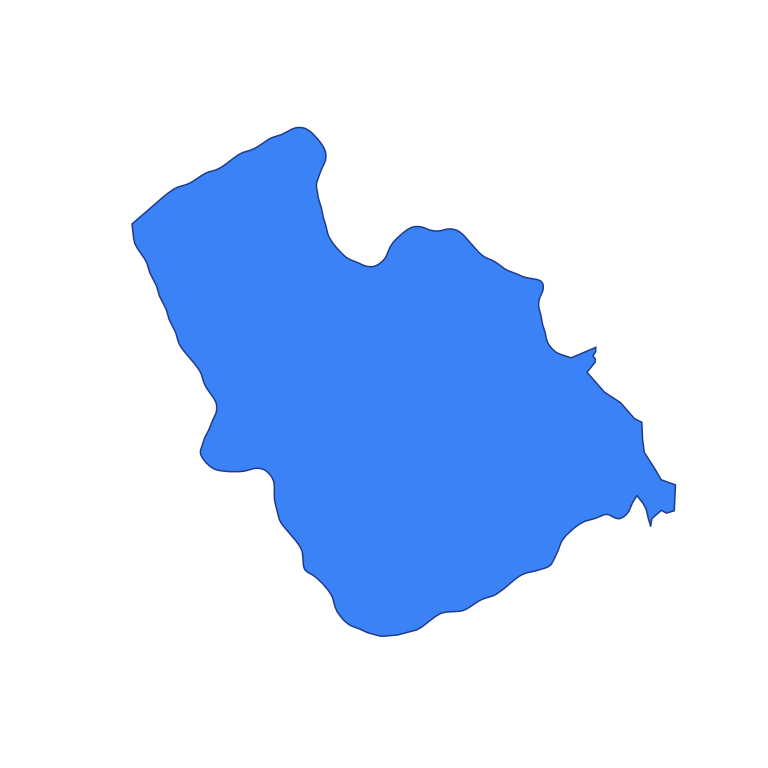 La Descubierta, Independencia, Dominican Republic, rotated 139°
{"feature_id": "3306468B88446063992156", "entity_name": "La Descubierta", "entity_type": "district", "adm_level": 2, "iso_a3": "DOM", "parent_name": "Dominican Republic", "parent_adm1": "Independencia", "projection": "albers", "projection_center": [-71.745, 18.594], "detail": "fine", "context": "isolated", "style": "filled", "palette": "blue", "viewbox_px": 768, "rotation_deg": 139, "n_neighbors": 0, "source": "geoboundaries", "source_scale": "gbopen_adm2", "svg_char_len": 3674}
<svg xmlns="http://www.w3.org/2000/svg" viewBox="0 0 768 768"><g transform="rotate(139 384 384)"><path d="M469.2,670.1L477.4,658.2L479.9,653.5L481.2,647.9L482.4,636.5L483.6,631.0L487.8,621.5L491.4,607.1L495.8,597.7L499.4,583.2L503.8,573.8L507.5,559.4L511.2,551.6L512.4,548.0L513.1,544.1L513.4,540.0L513.7,523.4L514.4,515.2L515.4,511.4L518.9,503.5L520.0,500.1L520.7,496.4L521.8,485.1L522.6,481.5L523.2,479.7L524.1,478.1L526.2,475.4L528.8,473.0L530.3,472.1L538.4,468.4L546.1,464.4L554.5,461.1L566.0,454.3L567.2,453.1L568.2,451.7L568.9,450.1L569.7,446.7L569.9,441.1L569.3,435.4L568.1,431.7L567.3,430.0L565.1,426.8L562.5,423.8L558.4,419.5L551.0,413.0L546.3,409.7L538.1,405.8L536.7,404.9L534.0,402.7L531.8,399.9L530.9,398.3L530.2,396.5L529.6,392.8L529.6,389.1L529.9,387.2L530.9,383.5L531.8,381.8L534.0,378.6L540.5,371.2L542.8,368.1L544.7,364.8L551.8,350.6L552.8,346.7L553.2,342.6L553.4,323.9L553.7,319.8L554.2,315.8L555.4,312.0L556.3,310.3L558.4,307.1L563.9,299.9L565.3,296.9L565.6,295.3L565.2,292.3L563.1,286.5L562.0,281.2L561.3,273.4L561.4,265.6L562.1,259.8L563.1,256.2L567.0,248.4L568.7,243.2L569.3,237.5L569.4,233.6L569.1,229.7L568.4,225.9L567.2,222.5L563.0,214.8L560.0,208.0L558.2,205.0L551.9,195.7L547.2,192.0L538.4,185.7L520.8,177.0L514.8,175.8L498.3,174.9L492.3,173.8L490.4,173.1L487.0,171.3L476.2,163.0L472.8,161.1L471.0,160.5L467.3,159.6L456.0,158.2L452.3,157.4L448.9,156.3L441.0,152.7L437.2,151.7L429.0,150.9L412.4,150.6L408.4,150.2L404.4,149.4L400.9,148.1L391.6,143.2L382.4,139.1L379.5,138.2L376.4,138.1L373.5,139.0L362.6,143.7L355.0,147.9L351.5,149.2L345.4,150.3L334.9,150.5L328.6,150.0L322.6,148.7L313.2,144.2L303.5,140.9L301.0,139.1L300.1,137.9L297.5,131.3L295.8,128.8L294.5,127.8L291.4,126.7L289.8,126.5L286.3,126.5L282.7,127.3L273.5,131.7L266.3,133.8L266.8,124.1L268.0,118.5L269.4,115.3L272.7,109.2L275.7,102.5L276.4,101.4L270.2,106.6L265.1,106.7L257.6,106.7L255.5,101.2L248.1,97.9L237.1,109.4L235.1,111.5L230.2,116.6L233.4,122.2L234.6,124.4L237.6,129.8L237.2,132.0L235.5,140.8L232.4,161.7L225.0,172.8L217.2,182.6L214.5,186.0L215.7,188.7L217.7,193.7L217.7,209.8L217.7,214.6L223.0,233.3L223.0,235.0L223.1,259.7L210.4,261.9L208.0,264.5L207.9,268.2L203.3,269.4L200.1,272.7L225.5,280.9L231.3,290.6L232.9,293.8L233.4,295.7L234.0,299.4L234.0,303.2L233.5,307.0L233.0,308.8L231.5,312.0L228.2,318.0L225.3,324.8L220.0,333.8L217.7,338.8L215.8,341.8L213.5,344.3L210.8,346.4L203.3,350.0L200.9,351.8L199.0,354.2L198.3,355.6L198.1,357.2L198.2,358.9L199.6,362.0L206.5,370.5L208.6,373.6L211.8,380.3L216.0,388.1L217.3,391.5L219.3,400.6L220.3,404.2L224.7,413.7L225.6,417.6L226.1,421.6L226.3,444.4L226.9,448.3L228.1,452.1L230.0,455.2L232.4,457.7L235.1,459.7L241.3,462.9L245.3,466.1L248.4,470.1L251.6,476.3L253.6,479.1L256.1,481.5L257.5,482.6L260.8,484.2L264.5,485.1L270.3,485.6L278.1,485.5L284.0,484.9L289.5,483.4L298.7,478.9L300.5,478.3L304.2,477.7L309.8,477.9L313.4,478.9L315.0,479.7L317.8,481.9L320.2,484.6L321.1,486.0L324.1,492.6L328.1,500.4L329.3,504.0L329.7,506.1L330.3,512.3L330.4,518.6L330.1,524.8L329.1,530.9L327.8,534.5L323.7,542.2L320.8,548.9L315.7,558.1L312.8,564.8L311.2,567.9L306.0,576.5L303.9,579.1L301.3,581.0L291.1,586.7L284.6,589.5L281.5,591.2L280.1,592.3L277.6,594.9L275.7,597.8L274.4,601.7L273.7,605.7L273.4,609.8L273.4,616.1L273.6,620.2L274.3,624.3L275.6,628.1L276.5,629.7L277.6,631.1L280.1,633.6L283.1,635.6L286.5,636.8L297.2,639.3L306.8,643.4L310.8,644.4L323.2,645.9L327.3,646.7L330.9,647.9L338.8,651.4L342.7,652.4L348.8,653.1L361.2,653.9L367.3,654.9L370.8,656.0L377.1,659.0L380.7,660.2L384.7,661.0L395.1,662.3L399.1,663.1L402.7,664.3L410.6,668.0L414.7,669.0L421.1,669.7L427.7,670.0L469.2,670.1Z" fill="#3b82f6" stroke="#1e3a8a" stroke-width="1.5"/></g></svg>